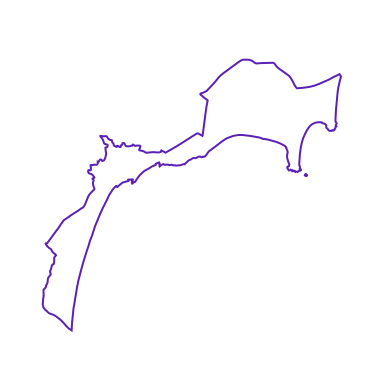 outline of Phan Thiet, Bình Thuận, Vietnam, rotated 355°
{"feature_id": "81297802B56109009945364", "entity_name": "Phan Thiet", "entity_type": "district", "adm_level": 2, "iso_a3": "VNM", "parent_name": "Vietnam", "parent_adm1": "Bình Thuận", "projection": "robinson", "projection_center": [108.172, 10.903], "detail": "fine", "context": "isolated", "style": "outline", "palette": "violet", "viewbox_px": 384, "rotation_deg": 355, "n_neighbors": 0, "source": "geoboundaries", "source_scale": "gbopen_adm2", "svg_char_len": 5969}
<svg xmlns="http://www.w3.org/2000/svg" viewBox="0 0 384 384"><g transform="rotate(355 192 192)"><path d="M258.3,65.0L254.3,64.6L252.1,65.3L249.0,67.0L232.8,76.9L230.4,78.6L228.5,80.2L225.8,83.1L223.0,85.8L215.3,92.7L212.3,93.9L209.1,94.7L208.8,95.2L209.2,95.9L211.6,98.4L215.6,102.1L214.1,107.3L212.1,115.8L207.5,136.6L207.2,137.0L203.6,134.4L202.4,134.1L202.0,134.1L181.2,144.9L169.1,150.5L165.1,147.9L164.3,149.4L162.5,149.7L160.3,149.5L157.2,148.9L149.8,148.9L149.0,148.5L148.0,147.6L146.5,146.9L143.3,145.9L143.1,145.6L143.1,145.2L144.5,142.4L144.5,141.7L144.1,141.3L141.0,140.9L139.9,141.1L139.0,141.0L137.8,139.8L137.4,139.6L137.1,139.7L136.5,140.6L135.0,140.7L134.2,141.0L130.3,140.7L130.2,140.6L129.7,139.8L129.0,137.9L128.6,137.4L127.8,137.2L127.1,137.3L126.7,138.4L126.1,139.1L125.3,139.4L124.7,141.0L124.0,141.0L122.9,140.1L122.0,139.5L121.4,139.6L121.3,140.2L121.2,140.4L120.4,140.4L118.5,139.1L118.1,138.3L118.2,137.9L118.0,137.0L116.9,135.5L116.6,133.4L114.7,132.9L113.8,132.2L113.2,131.6L112.6,130.7L112.1,129.5L111.8,129.1L111.0,128.8L109.1,128.9L106.2,128.2L105.6,128.2L105.6,128.7L105.9,129.2L106.7,130.2L107.6,131.7L108.4,134.4L108.6,135.7L108.9,136.1L109.7,136.8L111.6,137.3L111.9,137.6L112.1,137.9L112.0,138.7L111.5,139.8L111.2,140.0L110.1,140.0L109.6,140.3L109.6,143.4L109.8,145.0L109.8,146.5L108.9,149.6L107.6,152.2L107.2,152.7L106.7,153.0L105.3,153.3L104.9,152.4L104.4,151.9L104.1,151.7L103.3,151.7L102.9,152.0L101.5,153.8L101.1,153.8L100.7,153.6L100.7,155.0L100.5,155.5L100.1,156.2L99.2,156.6L96.8,156.2L95.3,156.6L93.7,156.3L93.4,156.4L93.3,157.4L93.3,160.4L93.1,161.3L92.8,161.6L91.1,161.2L90.8,161.3L90.3,162.0L90.3,162.4L90.4,163.3L90.8,164.2L91.1,164.5L92.9,165.2L93.8,165.8L94.8,166.8L96.0,169.1L95.8,169.4L94.2,169.8L94.0,170.1L94.0,170.3L94.7,171.1L95.0,171.8L94.9,172.4L94.2,173.7L94.1,175.0L94.2,176.5L94.5,178.4L95.0,179.8L95.1,180.4L94.7,181.0L90.8,184.3L88.9,186.4L88.2,187.5L84.1,195.5L82.6,197.5L81.4,198.3L79.9,198.9L78.0,200.1L69.1,204.8L63.6,208.0L62.1,208.7L58.7,212.5L56.5,215.4L52.2,220.2L45.9,227.4L43.4,230.2L42.7,230.4L42.1,230.4L41.7,230.7L41.8,231.3L43.4,233.8L45.0,235.5L46.3,236.4L47.1,237.9L47.5,239.0L48.9,240.8L50.4,242.2L51.0,243.1L49.4,244.9L48.9,245.7L48.8,248.6L48.1,251.4L47.9,251.8L46.9,252.0L46.4,252.4L45.7,253.9L44.8,256.6L43.9,258.1L43.6,259.4L44.1,260.9L44.0,261.9L41.3,264.9L40.8,266.2L40.3,269.2L40.0,270.2L38.4,272.6L38.2,273.9L37.9,274.2L37.5,274.7L35.7,276.3L35.5,276.9L35.3,279.6L35.3,281.9L34.2,286.3L34.0,288.5L33.6,289.7L33.5,290.8L33.8,292.5L33.7,293.6L35.0,295.8L37.9,299.1L38.9,300.1L39.9,300.8L43.3,302.3L45.8,304.1L50.1,308.1L51.6,309.9L56.0,315.7L57.2,317.1L60.0,319.4L60.4,316.9L60.9,312.9L63.8,297.7L64.9,293.6L69.6,275.2L70.2,273.6L70.8,271.3L74.6,260.4L78.2,250.9L82.7,240.0L83.9,237.4L86.3,231.3L88.8,226.4L89.5,224.5L92.4,217.7L98.8,205.4L101.8,200.1L107.0,191.7L109.1,188.0L112.7,183.3L114.1,181.8L115.4,180.5L117.0,179.4L117.4,179.5L117.9,180.5L123.5,176.6L129.6,175.4L129.4,174.5L129.4,174.3L129.5,174.1L130.9,174.2L131.1,174.4L131.7,174.4L131.7,174.2L133.4,174.2L133.9,174.3L134.2,174.6L133.6,176.2L133.2,176.1L132.9,176.9L132.9,177.4L133.2,178.5L133.4,178.5L134.2,177.5L135.0,177.2L135.6,177.2L136.4,176.7L136.8,176.2L137.6,175.0L141.4,170.7L145.5,167.4L147.0,166.6L151.3,164.7L154.3,163.1L158.1,161.9L158.1,161.1L158.3,160.8L159.5,160.3L161.9,159.7L162.3,160.7L161.9,161.3L161.9,163.4L162.0,163.7L163.6,162.6L164.9,162.0L166.2,161.8L167.0,162.5L170.2,162.6L171.8,163.2L174.2,163.1L175.9,163.9L177.4,163.9L178.6,164.4L181.1,164.2L182.2,164.4L186.1,163.5L187.1,163.8L187.2,163.7L187.4,163.3L188.7,162.4L190.5,160.9L192.0,160.0L192.7,159.7L193.6,159.6L195.8,158.4L197.1,158.3L198.2,158.6L198.9,158.5L202.1,157.3L203.3,157.5L204.0,158.0L204.6,158.2L205.5,157.9L205.7,158.1L206.0,158.1L206.2,157.9L206.8,157.7L207.7,157.9L208.7,157.2L211.6,153.8L212.7,152.7L218.7,149.1L225.8,144.5L229.9,142.2L232.0,141.3L237.7,139.8L242.0,139.3L243.8,139.3L247.7,139.7L254.9,141.2L263.5,143.5L266.1,144.5L266.9,145.2L267.2,145.3L268.3,145.4L272.2,146.4L279.8,149.2L284.1,151.3L288.4,154.1L289.2,154.9L289.6,155.7L289.4,155.8L289.4,156.0L289.9,157.0L290.7,159.5L290.7,161.3L290.6,161.7L290.0,162.9L290.0,163.7L289.8,165.2L289.8,166.5L290.6,170.5L290.9,171.3L291.3,173.2L290.9,174.6L290.1,175.1L289.7,175.0L289.3,175.2L289.1,175.6L289.0,176.2L289.1,176.5L289.5,177.2L289.5,177.5L289.8,177.8L290.2,178.9L291.8,178.9L292.4,178.4L292.7,178.8L292.9,178.7L293.3,178.9L293.5,179.5L293.8,179.2L294.1,179.2L294.3,179.3L294.4,179.7L294.8,179.7L294.8,180.0L295.9,179.8L296.1,180.0L296.5,180.2L296.4,180.7L296.5,180.9L296.8,181.1L297.3,180.8L298.6,180.9L298.8,180.8L299.0,180.8L298.9,181.1L299.0,181.2L299.4,180.9L300.2,180.6L300.9,179.9L302.0,180.1L302.3,180.0L302.5,179.8L302.4,179.0L302.0,178.8L301.7,178.2L301.4,178.1L301.8,176.3L301.2,174.8L301.4,172.3L302.9,163.1L303.9,158.6L305.6,152.7L307.3,148.3L309.7,143.9L312.4,139.8L315.0,136.8L316.1,135.9L317.8,134.8L321.0,133.7L323.7,133.5L326.9,133.8L327.5,134.0L327.8,134.8L329.2,135.2L330.3,135.7L331.2,136.6L331.6,137.3L331.4,137.8L331.4,139.7L332.8,141.1L333.0,141.7L334.0,142.9L334.9,143.2L335.8,143.1L336.2,143.3L337.0,142.8L337.4,143.0L337.6,142.8L338.1,143.0L338.3,142.8L338.6,143.0L338.9,142.9L339.1,142.8L339.3,142.1L339.5,142.0L339.7,141.6L340.2,141.3L340.3,140.6L340.7,140.1L340.6,139.8L340.8,139.5L341.5,139.1L341.2,138.5L341.1,137.8L341.6,137.3L342.1,136.2L342.0,135.8L341.5,135.3L341.2,134.6L341.2,132.8L341.5,130.5L342.7,122.0L345.8,105.1L346.7,101.2L349.1,93.7L350.5,89.8L349.2,87.5L342.5,90.0L338.1,92.0L328.3,95.3L323.2,96.7L319.2,97.4L315.5,97.7L310.4,97.9L305.6,97.8L304.8,96.8L303.6,94.7L301.7,89.9L300.0,86.5L298.7,84.6L289.3,76.6L287.5,74.7L285.5,71.5L284.6,70.5L283.6,70.3L271.9,69.6L267.8,69.6L266.2,69.1L263.1,66.4L260.5,65.3L258.3,65.0ZM307.2,186.1L308.0,185.7L308.1,185.1L307.8,184.8L307.3,184.6L307.0,184.0L306.7,184.0L306.0,184.8L305.8,185.2L306.6,186.0L307.2,186.1Z" fill="none" stroke="#5b21b6" stroke-width="2"/></g></svg>